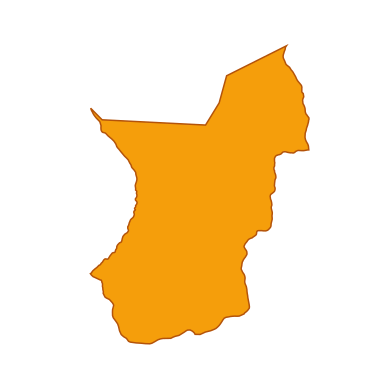 Dekiling, Geylegphug, Bhutan, rotated 187°
{"feature_id": "84629894B28878505567361", "entity_name": "Dekiling", "entity_type": "district", "adm_level": 2, "iso_a3": "BTN", "parent_name": "Bhutan", "parent_adm1": "Geylegphug", "projection": "robinson", "projection_center": [90.344, 26.935], "detail": "fine", "context": "isolated", "style": "filled", "palette": "amber", "viewbox_px": 384, "rotation_deg": 187, "n_neighbors": 0, "source": "geoboundaries", "source_scale": "gbopen_adm2", "svg_char_len": 6016}
<svg xmlns="http://www.w3.org/2000/svg" viewBox="0 0 384 384"><g transform="rotate(187 192 192)"><path d="M282.9,98.6L281.7,97.3L279.8,95.9L278.4,95.5L272.3,93.5L271.5,93.5L270.7,92.4L270.4,91.3L269.7,90.2L269.5,88.8L269.4,87.4L268.9,86.1L268.5,84.1L267.8,82.2L267.8,80.6L265.6,77.2L264.2,76.4L261.0,75.3L259.8,74.4L259.2,73.8L258.0,72.8L257.4,72.2L256.9,71.6L256.4,70.9L256.0,70.2L256.0,69.4L256.2,67.8L256.5,65.5L256.3,63.1L255.8,59.7L254.8,57.6L251.5,54.1L249.7,52.0L248.5,49.5L247.0,45.4L244.9,41.9L242.3,40.1L239.2,38.7L236.8,36.1L235.0,35.5L229.0,35.4L224.4,35.7L219.8,35.8L215.4,36.2L213.4,37.0L211.0,38.7L207.9,41.1L205.3,42.4L202.9,43.1L198.0,43.8L195.2,44.2L193.3,45.5L191.1,46.7L187.4,48.1L182.9,51.7L180.8,53.6L179.6,54.4L177.0,54.8L174.6,53.9L172.7,52.6L171.6,51.1L166.6,51.6L164.1,53.1L161.7,54.6L156.5,56.6L153.6,58.2L151.7,59.4L150.2,61.0L148.8,62.8L147.7,64.7L146.7,66.7L145.8,68.7L144.7,70.6L142.9,71.8L140.8,72.4L138.7,73.1L136.6,73.6L134.5,74.0L132.2,74.2L130.0,74.6L128.3,75.6L125.4,77.4L124.9,78.5L123.3,80.0L122.0,81.8L121.0,83.7L121.0,85.0L121.2,85.8L121.4,86.6L121.6,87.4L123.1,92.1L123.6,93.6L123.8,94.4L124.0,95.3L124.2,96.1L124.9,98.4L125.1,99.2L125.3,100.0L125.6,101.6L125.8,102.4L126.1,103.2L126.3,104.0L126.6,104.8L127.0,105.5L127.4,106.2L127.8,106.9L128.2,107.6L128.5,108.4L128.7,109.2L128.8,110.0L128.8,112.5L128.9,113.3L129.1,114.1L129.4,114.9L129.7,115.6L130.1,116.3L130.6,117.0L131.7,118.2L132.2,118.9L133.0,120.2L133.5,120.9L133.8,121.7L133.9,122.5L133.8,123.3L133.7,124.1L133.7,124.9L133.6,125.7L133.7,126.6L133.6,127.4L133.6,128.2L133.4,129.0L133.1,129.7L132.9,130.5L132.6,131.3L132.2,132.0L131.9,132.7L131.4,133.4L130.7,134.8L130.4,135.6L130.0,136.4L129.9,137.2L130.0,138.0L130.2,138.8L130.4,139.6L130.8,140.3L131.3,140.9L132.4,142.1L133.2,143.2L133.7,144.1L133.7,144.7L133.4,145.6L133.2,146.4L132.9,147.1L132.5,147.8L131.6,149.2L131.2,149.9L130.9,150.7L130.4,151.3L129.9,151.9L129.3,152.5L128.6,152.9L127.9,153.3L127.2,153.6L126.5,154.0L126.0,154.6L124.2,156.2L123.6,156.8L123.1,157.4L122.9,158.2L122.9,159.0L122.9,159.9L122.8,160.7L122.3,161.4L121.6,161.7L120.9,161.8L119.3,162.0L117.7,162.2L116.9,162.1L116.2,162.2L114.6,162.3L113.8,162.5L113.1,162.8L112.4,163.2L111.8,163.7L111.3,164.3L110.8,165.0L110.3,165.7L109.9,166.4L109.6,167.1L109.5,167.9L109.5,168.8L109.6,169.6L109.6,170.4L109.4,172.1L109.3,172.9L109.2,173.7L109.1,174.7L109.2,175.5L109.5,177.2L109.7,178.0L109.7,178.8L109.7,180.4L109.8,181.3L110.0,182.0L110.3,182.8L111.2,185.1L111.4,185.9L111.5,186.7L111.4,187.5L111.2,188.3L111.2,189.2L111.4,190.0L111.6,190.8L111.8,191.6L112.1,192.3L112.4,193.1L112.8,193.8L113.2,194.5L113.6,196.1L113.9,196.9L113.9,197.7L113.8,198.5L113.5,199.3L112.9,199.8L112.3,200.4L111.2,201.5L110.7,202.1L110.2,202.8L110.0,203.6L109.9,204.4L109.9,205.2L110.0,206.1L110.4,206.8L110.7,207.5L111.0,208.3L111.0,209.1L111.1,210.8L111.1,212.4L111.1,213.3L111.1,214.1L110.9,214.9L110.6,215.7L110.5,216.5L110.6,217.3L110.8,218.1L111.0,218.9L111.3,219.7L112.1,221.1L112.4,221.8L112.6,222.6L112.7,223.3L113.2,223.9L113.5,224.7L113.6,225.5L113.7,226.3L113.2,227.9L113.3,228.7L113.4,229.5L113.4,230.3L113.4,231.2L113.7,232.0L113.9,232.8L114.0,233.6L114.1,234.4L114.2,235.2L114.1,236.0L113.8,236.8L113.5,237.5L113.0,238.2L112.4,238.7L111.6,239.0L111.0,239.4L110.2,239.6L109.5,239.9L108.8,240.3L108.1,240.8L107.6,241.4L107.2,242.1L106.6,242.7L105.9,243.0L105.2,243.2L104.4,243.3L103.6,243.3L102.0,243.0L101.3,243.0L100.5,242.9L99.7,242.9L98.9,242.9L97.4,243.1L96.6,243.0L95.8,243.2L94.9,243.8L94.0,244.9L92.6,245.8L91.7,246.2L88.5,246.4L86.0,246.7L82.5,247.8L81.2,248.0L82.0,251.6L82.3,252.4L82.9,253.6L84.7,256.0L85.7,257.7L86.5,260.0L86.6,261.3L86.8,264.2L86.2,267.2L86.1,269.3L85.4,272.4L85.2,274.0L84.9,276.0L85.1,276.8L84.8,277.9L84.8,278.8L85.1,280.0L85.9,280.8L86.6,281.5L87.5,282.6L88.5,283.5L89.3,285.3L90.0,288.7L90.6,290.1L91.5,291.7L92.7,293.4L93.0,294.9L93.4,296.5L93.3,298.0L92.7,300.0L92.8,300.6L93.6,303.3L94.8,304.2L95.2,304.9L95.4,305.8L95.4,306.5L95.6,307.8L95.7,309.3L96.1,310.5L96.5,311.2L97.6,312.3L98.9,313.5L100.3,314.8L101.1,315.7L102.3,317.4L102.6,318.0L103.2,319.0L106.3,323.2L107.3,324.3L108.3,325.1L109.1,326.1L110.3,327.6L113.8,329.8L114.4,330.4L116.2,333.7L116.6,334.3L117.0,334.9L117.5,335.8L117.9,336.8L118.1,337.8L118.1,339.3L117.9,340.4L117.5,342.8L117.2,343.8L117.1,344.4L116.9,345.2L116.9,347.0L116.1,348.6L171.8,311.6L175.9,283.7L186.7,260.1L290.0,252.7L302.8,262.8L301.6,260.5L300.6,259.2L299.8,257.9L298.8,256.6L297.6,255.3L296.1,253.8L292.6,251.0L291.9,250.2L290.4,246.8L290.2,244.5L289.9,242.9L289.5,241.8L288.9,241.1L288.4,240.6L287.7,240.3L285.8,240.1L284.8,239.7L282.2,237.5L277.9,234.7L275.6,232.9L273.8,230.8L273.1,229.8L272.2,227.9L271.2,226.8L269.8,225.6L267.3,223.1L266.0,221.9L264.0,220.0L263.1,219.2L261.2,217.8L259.3,216.2L257.1,212.9L256.1,211.8L255.3,210.3L255.2,209.7L254.3,208.6L252.2,206.8L250.5,204.9L250.2,204.2L249.8,202.5L248.6,199.6L248.4,199.0L248.2,197.5L248.4,195.5L249.0,192.7L249.1,191.3L248.4,188.8L248.2,187.0L247.5,186.6L247.0,186.1L246.9,185.3L247.0,184.0L246.4,182.7L246.2,181.4L246.3,180.5L246.6,179.6L247.3,178.5L247.3,177.9L247.1,177.1L245.7,175.8L245.2,174.8L245.4,173.2L246.3,171.7L246.1,170.3L247.0,168.9L246.8,168.1L246.1,167.6L246.4,166.7L247.1,166.1L247.3,165.4L247.2,164.4L246.6,163.1L246.6,161.9L246.8,161.1L247.2,159.9L247.6,159.3L248.9,157.9L249.6,156.9L250.5,153.8L250.7,152.2L251.0,150.8L251.5,149.8L251.4,148.4L251.1,147.6L250.5,146.6L250.4,145.9L250.5,145.3L251.4,143.7L253.6,141.9L254.7,140.2L255.1,139.5L255.5,137.5L255.7,135.3L256.0,133.9L256.8,133.2L257.7,132.7L258.5,131.7L259.4,130.4L259.8,129.4L260.0,128.7L259.9,127.0L260.3,126.0L260.7,125.3L260.9,124.2L260.9,123.3L261.6,122.5L262.9,122.2L263.8,121.6L264.2,120.9L265.6,118.6L266.7,116.1L267.2,115.3L267.8,115.0L269.6,115.1L270.3,114.9L271.3,113.8L272.4,111.4L273.6,110.0L273.8,109.2L274.8,108.1L275.4,107.9L277.3,105.4L278.7,104.1L280.8,101.7L281.4,100.7L281.9,99.5L282.4,99.0L282.9,98.6Z" fill="#f59e0b" stroke="#b45309" stroke-width="1.5"/></g></svg>